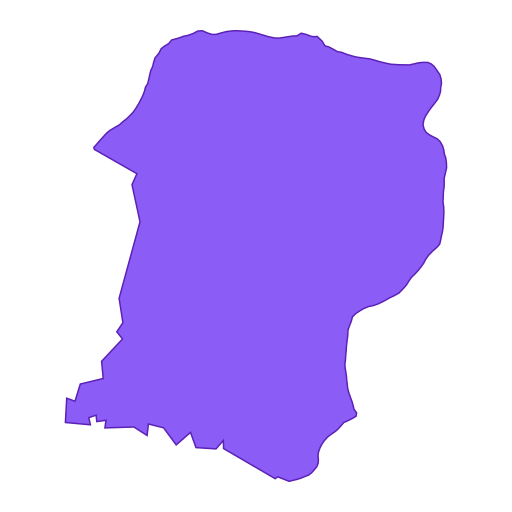 VIII-1 Ireng/Upper Potaro, Potaro-Siparuni, Guyana
{"feature_id": "73187651B95779409673376", "entity_name": "VIII-1 Ireng/Upper Potaro", "entity_type": "district", "adm_level": 2, "iso_a3": "GUY", "parent_name": "Guyana", "parent_adm1": "Potaro-Siparuni", "projection": "orthographic", "projection_center": [-59.613, 4.894], "detail": "fine", "context": "isolated", "style": "filled", "palette": "violet", "viewbox_px": 512, "rotation_deg": 0, "n_neighbors": 0, "source": "geoboundaries", "source_scale": "gbopen_adm2", "svg_char_len": 2778}
<svg xmlns="http://www.w3.org/2000/svg" viewBox="0 0 512 512"><path d="M317.1,36.4L315.5,36.7L311.6,36.5L306.1,34.4L301.2,33.2L296.9,35.9L292.7,36.0L282.5,37.6L279.0,38.1L274.7,38.0L268.1,36.6L263.8,35.3L259.4,34.0L255.1,32.7L250.5,31.8L246.3,31.3L241.5,31.0L236.7,30.7L232.2,30.9L226.3,31.6L220.5,33.1L216.0,34.4L211.9,34.4L207.5,33.0L202.3,30.7L197.6,31.1L193.0,33.6L187.9,35.4L183.8,36.2L178.2,38.2L171.6,40.0L168.6,43.7L164.5,46.1L161.2,48.7L158.8,53.4L155.1,57.8L153.5,62.8L152.7,66.4L150.8,70.5L149.8,74.4L149.0,78.3L147.7,83.6L145.5,87.1L144.4,91.4L142.7,95.9L140.4,100.4L138.4,104.2L135.8,108.4L133.2,112.1L130.2,115.3L126.5,118.9L122.7,121.8L119.3,124.9L114.9,127.4L109.6,130.6L106.6,133.1L100.5,139.8L93.8,147.5L94.5,149.5L136.9,173.7L132.0,184.7L140.0,221.8L119.1,298.3L122.9,322.7L116.8,331.8L122.5,339.0L101.6,361.3L103.2,378.5L80.3,384.0L75.0,401.2L66.7,398.2L65.4,422.5L90.4,424.8L88.8,417.6L96.1,415.2L96.8,421.6L106.0,420.3L104.9,427.9L133.9,427.0L147.1,435.5L148.4,424.0L163.6,427.8L176.2,444.9L190.5,432.4L196.0,447.6L216.0,448.9L223.3,440.5L223.6,448.6L272.0,476.8L275.2,478.7L277.7,476.8L289.1,481.3L293.6,480.2L297.3,479.3L300.8,478.2L304.4,476.7L308.4,475.2L311.6,472.8L314.3,469.7L316.7,466.9L318.2,463.2L318.4,459.3L318.0,455.7L318.5,452.0L320.1,447.6L322.2,443.7L324.3,440.7L327.7,436.9L331.3,434.2L335.5,431.3L338.3,428.8L340.8,426.0L343.8,422.5L347.2,421.0L352.3,418.5L356.1,416.2L356.6,412.8L354.1,409.4L352.2,402.1L350.5,397.5L348.8,392.7L347.7,388.5L347.3,384.7L346.7,379.9L346.4,375.9L345.7,371.3L345.1,367.7L344.9,364.1L345.5,359.6L345.7,355.5L346.2,350.4L346.5,345.9L346.9,342.0L347.7,336.2L348.0,330.2L349.3,326.3L351.3,321.2L352.5,316.8L355.7,313.6L359.4,311.1L363.8,308.5L368.7,306.5L373.6,305.5L378.6,303.7L385.0,300.5L389.7,297.8L393.8,295.9L399.0,293.0L403.1,288.8L406.5,284.9L408.9,281.0L411.4,277.4L414.7,274.2L418.0,270.7L421.0,266.9L423.8,263.0L425.5,259.6L428.7,255.1L432.5,251.2L437.1,247.1L439.7,244.1L440.7,239.9L441.5,235.7L442.6,230.9L443.1,226.7L443.4,221.8L443.7,216.4L443.9,211.7L443.7,206.9L443.0,202.2L443.4,191.9L444.1,186.8L444.2,182.9L444.1,178.5L445.5,172.6L446.6,167.8L446.4,162.6L445.7,157.6L444.4,154.1L443.8,150.0L442.7,146.2L440.2,141.7L437.2,138.8L432.9,136.7L429.3,134.8L426.1,132.3L424.1,129.0L423.0,124.8L423.9,119.7L425.7,115.7L428.9,110.8L431.6,107.1L434.4,103.6L437.7,99.2L439.4,95.3L440.5,91.6L440.7,87.7L441.5,83.3L441.0,78.6L439.9,74.8L437.2,70.7L434.2,66.5L431.2,63.9L427.6,62.4L422.5,62.4L417.7,63.0L413.5,64.0L408.9,65.0L405.3,64.8L400.6,64.8L396.6,64.6L390.7,64.2L385.0,63.0L380.1,61.8L374.7,60.2L369.9,58.9L365.9,58.4L360.5,57.7L355.6,56.9L351.6,55.8L346.9,54.4L341.8,52.4L337.3,51.6L333.7,49.5L329.0,47.0L324.9,45.8L322.1,41.1L317.1,36.4Z" fill="#8b5cf6" stroke="#5b21b6" stroke-width="1.5"/></svg>